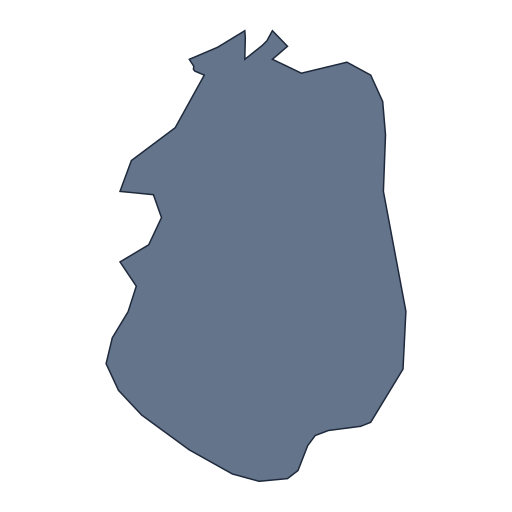 SVG path tracing the border of Maio
{"feature_id": "CPV-5054", "entity_name": "Maio", "entity_type": "state/province", "adm_level": 1, "iso_a3": "CPV", "parent_name": "Cabo Verde", "parent_adm1": "", "projection": "mercator", "projection_center": [-23.189, 15.226], "detail": "fine", "context": "isolated", "style": "filled", "palette": "slate", "viewbox_px": 512, "rotation_deg": 0, "n_neighbors": 0, "source": "natural_earth", "source_scale": "10m", "svg_char_len": 666}
<svg xmlns="http://www.w3.org/2000/svg" viewBox="0 0 512 512"><path d="M370.7,75.1L382.7,101.5L385.5,134.7L383.4,191.4L405.9,311.3L403.0,369.1L370.7,422.3L360.6,426.3L328.4,430.5L315.2,435.5L307.7,445.6L298.0,470.5L287.5,478.6L259.2,481.3L232.4,474.0L189.3,449.9L141.7,415.1L118.5,390.4L106.1,363.7L112.3,337.8L128.1,311.7L136.3,286.2L120.0,261.9L148.7,244.8L161.5,217.6L153.4,194.7L120.0,191.4L131.4,160.5L175.2,127.7L204.3,75.1L194.8,71.1L193.4,69.3L193.8,66.3L189.3,59.3L217.5,47.3L244.8,30.7L245.3,37.6L244.8,59.3L262.2,45.5L266.9,40.8L272.4,30.7L287.5,46.3L272.4,59.3L301.4,73.2L346.9,62.2L370.7,75.1Z" fill="#64748b" stroke="#1e293b" stroke-width="1.5"/></svg>